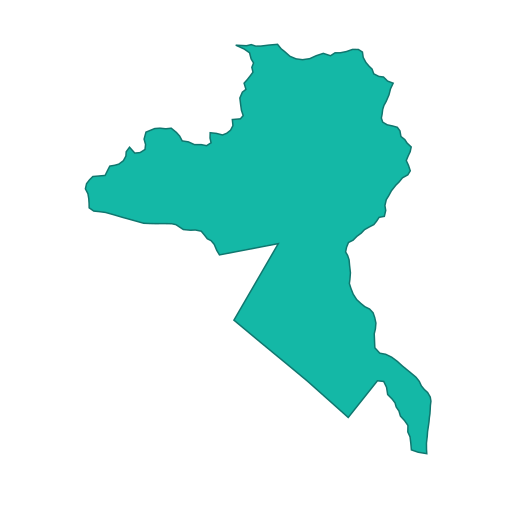 outline of Conceição de Macabu, Rio de Janeiro, Brazil, rotated 85°
{"feature_id": "56859067B82602417056719", "entity_name": "Conceição de Macabu", "entity_type": "district", "adm_level": 2, "iso_a3": "BRA", "parent_name": "Brazil", "parent_adm1": "Rio de Janeiro", "projection": "orthographic", "projection_center": [-41.847, -22.162], "detail": "fine", "context": "isolated", "style": "filled", "palette": "teal", "viewbox_px": 512, "rotation_deg": 85, "n_neighbors": 0, "source": "geoboundaries", "source_scale": "gbopen_adm2", "svg_char_len": 2808}
<svg xmlns="http://www.w3.org/2000/svg" viewBox="0 0 512 512"><g transform="rotate(85 256 256)"><path d="M424.9,178.2L390.9,145.9L392.1,139.7L398.2,137.4L405.5,136.9L410.3,132.9L414.4,130.3L418.6,129.5L422.9,127.1L428.0,126.1L433.0,122.3L438.1,119.4L444.5,120.1L449.6,118.3L456.1,118.1L462.7,118.1L465.6,111.6L467.8,103.1L463.6,103.0L457.2,102.5L450.4,101.1L445.9,100.4L440.1,99.0L436.2,98.1L432.2,97.4L428.4,96.5L424.5,95.9L420.1,95.3L415.9,94.4L411.7,94.7L407.0,96.9L403.6,100.0L399.8,102.6L395.1,104.3L390.7,107.2L386.4,111.5L382.6,115.4L378.1,120.0L373.3,124.4L368.6,129.7L365.2,135.4L363.6,141.2L357.8,145.6L352.7,145.4L348.5,145.2L343.8,145.0L339.0,143.4L333.3,142.4L327.7,143.1L322.8,144.3L318.7,147.5L316.0,152.0L312.3,155.8L308.2,159.5L302.5,162.5L296.4,164.3L291.5,165.4L287.5,164.5L281.0,163.4L273.5,163.6L268.0,163.6L263.4,164.7L259.8,166.4L255.1,165.0L250.6,162.7L248.7,157.9L245.2,153.8L242.4,149.2L239.2,145.6L236.8,140.3L235.0,135.9L232.0,133.0L228.2,130.0L227.7,124.7L221.9,122.8L217.0,123.2L211.2,121.3L207.6,118.6L202.8,115.4L197.7,110.6L194.9,107.2L190.9,103.3L188.4,97.7L184.6,94.9L179.0,96.2L174.0,98.0L169.6,95.7L165.5,93.3L160.9,91.9L156.6,95.7L153.0,97.6L149.6,101.2L143.9,101.7L140.1,104.0L138.4,108.5L136.7,114.0L133.7,118.1L129.5,119.1L125.6,118.0L121.0,117.0L117.1,115.4L113.4,112.9L107.1,109.5L101.1,107.4L95.8,104.3L93.2,109.7L88.8,113.4L87.8,118.0L84.8,122.8L79.9,124.1L76.7,126.9L72.7,129.7L67.5,131.9L62.1,132.2L59.2,136.0L58.6,141.8L60.2,148.1L60.9,154.3L60.5,159.6L63.0,164.3L60.0,171.3L61.7,178.5L64.1,185.3L64.5,192.5L63.1,198.9L60.0,204.8L54.7,209.8L51.8,212.9L47.0,216.1L47.0,224.5L47.3,233.0L46.9,238.0L45.0,242.3L45.7,247.1L45.1,251.4L44.2,257.8L48.9,249.6L53.0,244.7L59.2,243.7L63.5,241.6L67.7,243.7L72.6,243.0L76.0,246.0L79.6,249.4L82.8,252.8L89.1,251.5L91.6,255.3L97.2,258.3L103.7,258.1L109.6,257.8L115.0,256.5L118.0,259.6L118.0,267.7L124.1,267.6L128.5,270.4L131.2,274.5L132.5,278.8L130.4,284.8L129.2,290.9L134.5,291.5L139.3,290.9L141.8,295.6L140.3,300.7L139.7,307.6L136.4,313.4L134.9,319.5L129.9,321.6L126.0,324.5L121.3,329.3L121.4,334.8L120.3,340.5L120.2,345.8L123.0,354.8L129.8,357.3L135.3,356.3L140.2,357.3L142.9,362.5L142.9,367.8L136.6,372.5L140.8,376.2L145.1,376.9L149.5,379.8L152.5,384.6L153.3,388.8L153.7,393.8L158.0,396.5L162.6,399.3L162.6,404.7L162.6,411.6L165.6,415.2L169.2,418.5L174.2,420.1L179.3,418.0L184.4,417.6L189.1,417.7L193.5,418.0L197.1,413.7L198.3,407.5L199.5,402.1L202.2,394.9L206.0,385.3L207.5,381.2L209.8,375.1L213.6,365.0L214.4,358.8L215.0,353.3L215.7,344.7L216.5,337.1L217.8,333.0L223.3,326.1L224.6,319.0L224.8,314.2L226.5,308.4L230.7,305.5L234.6,303.0L236.8,299.4L240.8,296.6L247.0,294.6L251.7,292.3L245.6,232.7L318.0,283.6L343.1,258.3L365.3,235.7L385.2,215.6L424.9,178.2Z" fill="#14b8a6" stroke="#0f766e" stroke-width="1.5"/></g></svg>